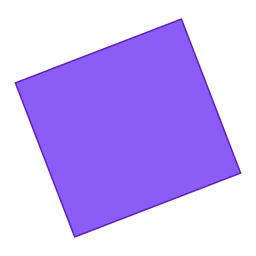 outline of York, Nebraska, United States of America, rotated 159°
{"feature_id": "52423323B45895335314976", "entity_name": "York", "entity_type": "district", "adm_level": 2, "iso_a3": "USA", "parent_name": "United States of America", "parent_adm1": "Nebraska", "projection": "robinson", "projection_center": [-97.673, 40.873], "detail": "fine", "context": "isolated", "style": "filled", "palette": "violet", "viewbox_px": 256, "rotation_deg": 159, "n_neighbors": 0, "source": "geoboundaries", "source_scale": "gbopen_adm2", "svg_char_len": 236}
<svg xmlns="http://www.w3.org/2000/svg" viewBox="0 0 256 256"><g transform="rotate(159 128 128)"><path d="M39.0,45.6L39.1,210.6L39.5,210.6L217.0,210.5L216.8,45.4L39.0,45.6Z" fill="#8b5cf6" stroke="#5b21b6" stroke-width="1.5"/></g></svg>